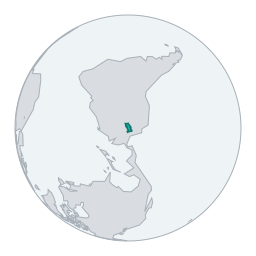 Caquetá highlighted on a globe, orthographic projection, rotated 216°
{"feature_id": "COL-1403", "entity_name": "Caquetá", "entity_type": "Intendancy", "adm_level": 1, "iso_a3": "COL", "parent_name": "Colombia", "parent_adm1": "", "projection": "orthographic", "projection_center": [-73.824, 1.133], "detail": "fine", "context": "on_globe", "style": "filled", "palette": "teal", "viewbox_px": 256, "rotation_deg": 216, "n_neighbors": 0, "source": "natural_earth", "source_scale": "10m", "svg_char_len": 8655}
<svg xmlns="http://www.w3.org/2000/svg" viewBox="0 0 256 256"><g transform="rotate(216 128 128)"><circle cx="128" cy="128" r="113" fill="#eef3f6" stroke="#a8b0b8"/><path d="M81.9,25.2L82.4,25.1L86.4,23.3L86.6,23.3L92.3,21.4L92.0,23.3L97.4,22.3L103.1,24.7L104.9,23.8L108.1,24.6L111.4,23.9L111.5,24.9L114.0,23.6L113.2,22.8L114.1,22.1L115.9,21.7L116.4,22.8L115.5,23.1L116.6,23.3L116.1,24.0L117.4,23.4L117.8,25.0L120.1,23.0L122.7,23.9L122.2,25.1L118.7,25.5L108.9,30.6L107.3,32.6L108.6,34.6L118.5,36.8L118.3,39.1L120.5,41.6L122.3,39.9L121.2,37.4L125.1,35.3L123.2,32.8L124.5,31.7L124.1,29.3L128.0,29.2L132.0,30.5L132.6,32.7L134.4,33.4L137.0,31.2L141.0,35.5L148.9,39.0L149.5,40.4L145.2,42.8L137.3,42.9L131.7,47.4L139.2,44.1L140.7,48.2L142.5,48.9L144.7,48.7L145.7,47.1L147.0,48.6L140.0,52.0L138.7,50.7L140.9,49.5L137.3,49.7L132.6,52.7L133.7,54.8L125.4,58.1L126.1,59.8L124.7,61.7L124.1,58.6L125.0,64.3L115.4,71.1L116.4,82.0L111.2,73.7L106.8,72.9L101.5,73.3L101.6,75.0L94.5,74.0L88.0,78.0L85.6,86.9L87.9,93.6L95.8,93.6L98.2,89.6L104.0,88.7L99.8,99.2L109.9,100.5L108.8,108.5L111.8,112.6L116.9,111.4L122.1,113.3L125.9,108.5L132.0,105.9L132.1,112.4L135.5,106.4L138.9,109.6L150.9,109.2L150.0,110.7L160.1,118.4L171.0,121.8L173.5,126.6L172.2,129.6L176.0,130.5L176.0,132.4L190.7,135.5L197.9,140.5L197.6,147.3L191.2,155.2L184.7,171.8L173.1,177.2L169.7,183.8L159.8,193.3L152.8,192.6L154.4,197.3L150.1,200.1L145.5,200.3L144.3,203.6L140.9,203.6L142.9,205.8L137.0,209.9L138.3,213.3L133.8,216.6L134.8,218.5L133.2,218.5L131.5,219.2L131.3,220.2L126.6,218.4L125.7,214.0L127.6,211.8L125.5,211.4L129.6,205.6L127.3,206.8L128.4,197.8L132.0,190.3L134.8,168.2L132.4,163.7L123.8,158.6L113.5,142.2L116.3,135.4L114.1,132.3L121.5,122.7L119.5,113.9L116.9,112.7L114.3,116.0L105.2,110.7L102.1,104.2L75.0,94.5L72.4,91.4L72.6,86.1L65.3,70.1L67.7,85.3L64.5,82.5L62.3,77.1L64.0,75.6L63.0,67.9L60.4,65.3L61.7,56.2L69.7,45.0L70.3,46.5L72.2,44.0L71.6,42.1L70.7,41.5L76.4,33.0L75.5,29.9L71.5,31.5L75.3,29.5L65.3,34.8L62.4,36.4L67.9,33.1L70.3,31.7L69.5,31.8L71.7,30.5L72.6,29.9L75.3,28.5L78.3,27.0L80.1,26.2L79.4,26.4L80.4,25.9L81.9,25.2ZM22.5,91.8L23.4,89.3L23.1,90.7L22.5,91.8ZM23.7,87.9L23.4,88.7L23.6,88.0L23.7,87.9ZM23.7,87.5L23.7,87.8L23.6,87.7L23.7,87.5ZM115.7,85.8L127.3,91.0L120.7,91.8L122.0,90.8L119.1,88.6L113.6,86.7L107.8,88.0L115.7,85.8ZM23.8,86.2L23.9,85.8L24.0,85.6L23.8,86.2ZM121.0,79.6L119.0,79.2L120.9,79.1L121.0,79.6ZM70.0,41.6L71.3,42.2L71.1,44.6L69.7,44.1L70.0,41.6ZM70.8,37.7L72.1,37.4L69.8,39.8L69.8,39.2L70.8,37.7ZM68.2,33.3L68.9,33.2L67.4,33.8L68.2,33.3ZM72.2,30.1L72.0,30.3L72.2,30.1ZM122.0,29.6L123.0,29.5L122.6,30.0L122.0,29.6ZM120.8,28.7L119.5,29.4L118.8,29.2L119.6,28.7L120.8,28.7ZM122.5,28.0L117.6,28.6L116.4,28.1L118.3,26.2L122.5,28.0ZM112.2,22.8L113.1,23.5L110.6,23.3L112.2,22.8ZM110.4,22.8L101.8,23.8L101.4,22.8L104.4,22.5L102.6,21.7L106.6,20.6L108.6,20.9L108.0,21.7L110.0,20.7L110.4,22.8ZM114.2,21.7L112.5,21.9L112.1,21.0L115.4,20.4L114.5,20.9L114.2,21.7ZM100.1,22.1L100.3,21.4L103.7,20.3L104.3,20.0L106.7,20.5L100.1,22.1ZM115.5,20.9L117.1,20.2L119.0,20.4L115.9,21.5L115.5,20.9ZM110.5,21.0L110.5,20.6L111.6,20.6L110.5,21.0ZM126.6,21.1L124.5,21.1L124.1,20.5L126.6,21.1ZM117.6,20.0L116.9,19.9L116.6,19.8L118.0,19.4L117.6,20.0ZM108.9,19.8L110.3,19.6L108.1,19.5L110.5,18.9L111.7,19.4L112.2,18.9L113.0,18.8L113.1,19.5L108.9,19.8ZM118.3,18.7L120.6,19.4L124.5,19.4L124.9,19.8L118.6,19.9L118.3,18.7ZM115.2,19.0L117.2,18.9L116.8,19.4L115.1,19.8L115.2,19.0ZM111.8,18.3L107.7,19.1L111.8,18.3ZM119.5,18.5L118.9,18.3L119.8,18.4L119.5,18.5ZM114.2,18.2L112.8,18.5L112.7,18.3L114.2,18.2ZM118.9,17.9L119.6,18.1L118.6,18.3L118.9,17.9ZM116.8,18.0L117.0,17.7L117.7,18.3L116.2,18.1L116.8,18.0ZM114.4,18.0L113.8,18.0L115.0,18.0L114.4,18.0ZM122.5,17.0L123.7,17.7L121.3,18.2L120.5,17.4L122.5,17.0ZM134.3,222.2L127.0,219.1L131.1,220.5L134.2,218.9L137.9,221.2L134.3,222.2ZM143.2,217.9L146.6,217.0L147.4,217.5L145.2,218.3L143.2,217.9ZM210.0,50.8L206.5,47.4L208.7,49.7L212.9,53.9L213.8,55.0L213.7,54.9L216.8,58.7L214.2,55.6L207.9,49.5L208.1,51.5L213.8,61.3L212.8,62.6L209.6,61.2L202.3,51.9L205.2,50.2L202.7,47.4L197.5,43.9L198.9,43.9L197.1,42.5L197.8,41.9L194.3,38.2L194.3,37.6L188.6,33.6L187.9,32.9L191.4,35.4L193.9,37.0L193.6,36.4L202.1,43.2L210.0,50.8ZM178.9,27.5L179.6,27.9L182.0,29.2L183.3,29.9L185.7,31.2L190.8,34.5L191.9,35.4L184.9,31.1L185.7,32.1L179.9,28.8L166.8,22.3L166.8,22.2L178.9,27.5ZM227.7,180.3L228.3,179.3L235.6,160.5L238.1,151.6L239.2,144.9L239.7,130.5L239.8,122.2L239.2,118.9L238.5,120.0L237.6,116.2L236.9,116.2L230.5,120.4L226.8,115.6L218.5,100.6L218.5,94.1L215.5,87.2L212.7,62.9L215.4,63.7L216.9,59.9L217.7,60.5L221.1,65.6L224.3,69.6L228.3,76.8L231.8,84.3L234.7,92.0L237.1,100.0L238.9,108.0L240.0,116.2L240.6,124.5L240.5,132.8L239.9,141.0L238.6,149.2L236.8,157.3L234.3,165.2L231.3,172.9L227.7,180.3ZM217.5,74.5L218.5,76.5L217.5,74.5ZM151.3,109.1L152.7,110.4L150.8,110.4L151.3,109.1ZM119.8,94.5L122.3,94.6L123.6,95.5L121.7,95.9L119.8,94.5ZM140.5,94.3L143.3,94.9L140.4,95.4L140.5,94.3ZM129.2,91.7L138.2,94.2L132.5,96.1L126.8,94.7L130.8,94.1L129.2,91.7ZM119.8,83.2L121.3,83.6L120.9,84.7L119.8,83.2ZM122.4,79.6L121.8,79.7L121.1,78.8L122.4,79.6ZM141.1,48.0L141.7,47.7L143.9,47.9L142.9,48.6L141.1,48.0ZM153.6,45.0L155.4,47.5L153.4,46.0L152.3,47.2L146.8,45.9L149.6,41.0L149.3,43.3L153.6,45.0ZM140.1,43.2L143.4,44.3L139.7,43.3L140.1,43.2ZM186.9,36.1L188.6,36.7L190.5,38.4L190.5,40.1L187.7,37.6L186.9,36.1ZM190.6,37.3L183.6,33.1L183.4,32.2L184.7,33.4L185.2,33.2L187.5,35.1L194.0,38.7L196.1,40.5L194.9,42.1L194.2,40.4L192.6,39.8L190.6,37.3ZM166.4,27.0L163.4,26.0L166.7,25.2L169.1,26.3L169.3,27.8L166.5,27.4L166.4,27.0ZM127.0,24.9L125.6,25.1L125.4,24.7L126.5,24.2L127.0,24.9ZM125.7,21.1L132.8,23.5L131.6,23.9L137.2,25.3L136.2,26.9L132.6,25.8L136.0,28.3L132.4,28.0L135.1,29.7L127.2,27.2L124.0,27.2L127.9,26.5L128.9,25.0L128.4,24.4L124.6,22.8L118.3,22.6L118.3,21.4L120.0,20.6L121.5,20.5L121.0,21.2L123.3,20.5L123.8,21.5L125.7,21.1ZM139.4,16.5L138.2,16.6L143.0,16.8L143.5,17.3L144.0,17.3L145.8,17.8L148.9,18.6L148.6,18.8L149.9,19.0L151.1,19.5L152.8,19.9L152.9,20.5L155.0,21.2L153.8,21.1L157.4,22.2L154.8,21.7L156.1,22.5L158.0,22.6L154.2,26.3L154.6,28.8L156.5,31.3L151.7,30.6L146.9,28.0L142.8,25.0L143.1,22.9L140.9,23.2L140.3,22.3L142.3,22.5L138.9,21.8L139.0,21.2L135.4,19.5L130.5,19.2L129.1,18.8L131.0,18.6L128.2,18.3L130.9,17.7L130.0,17.4L131.7,16.8L136.0,16.9L134.6,16.6L135.8,16.3L139.4,16.5ZM123.2,16.8L128.2,16.4L131.0,16.6L126.9,17.7L127.4,18.1L124.8,19.2L120.9,19.0L122.0,18.7L122.1,18.3L123.3,18.5L122.5,18.1L123.9,17.7L123.7,17.4L125.4,17.3L123.2,16.8ZM216.4,58.6L216.6,58.7L216.5,58.3L218.4,60.9L216.4,58.6ZM212.2,54.4L212.1,54.0L214.8,57.1L214.5,57.1L212.2,54.4ZM209.8,51.4L211.9,53.8L210.6,52.5L209.8,51.4ZM191.1,35.0L190.7,34.6L191.5,35.1L192.8,36.1L191.1,35.0ZM153.7,18.3L152.6,18.1L151.9,18.0L148.1,17.3L147.5,17.1L149.5,17.4L153.7,18.3ZM151.4,17.8L150.9,17.7L151.0,17.7L151.4,17.8ZM147.0,17.0L146.9,17.0L146.8,16.9L147.0,17.0Z" fill="#d9dde1" stroke="#a8b0b8" stroke-width="1"/><path d="M125.4,125.3L125.4,125.2L125.6,125.1L125.7,124.9L125.6,124.7L125.8,124.5L125.8,124.4L126.1,124.5L126.3,124.5L126.4,124.8L126.5,124.8L126.4,125.4L126.4,125.5L126.5,125.9L126.6,126.0L126.4,126.2L126.4,126.3L126.5,126.4L126.5,126.5L127.8,127.0L128.1,127.0L128.3,127.0L128.5,127.4L128.6,127.5L128.8,127.7L128.8,127.8L128.9,128.0L129.1,128.1L129.2,128.3L129.3,128.3L129.5,128.4L129.7,128.2L129.8,128.2L129.9,127.9L130.0,127.9L130.1,128.0L130.1,127.9L130.3,127.9L130.4,128.0L130.5,128.1L130.8,128.2L130.8,128.3L130.9,128.5L131.0,128.5L131.1,128.8L131.3,128.8L131.5,128.9L131.6,129.0L131.7,129.3L131.8,129.3L131.9,129.5L132.0,129.5L132.4,129.8L132.5,129.9L132.8,129.9L132.9,130.0L132.7,130.1L132.3,130.3L132.2,130.4L132.1,130.5L131.9,130.7L131.6,130.7L131.4,130.8L131.2,131.0L131.1,131.3L130.9,131.5L130.9,131.4L130.7,131.3L130.6,131.5L130.4,131.5L130.2,131.3L129.8,131.4L129.6,131.3L129.4,131.4L129.2,131.4L129.0,131.2L128.9,131.2L128.9,131.3L128.7,131.3L128.5,131.2L128.4,131.1L128.2,131.0L127.9,131.0L127.7,130.9L127.5,130.7L127.4,130.7L127.2,130.7L126.9,130.5L126.8,130.4L126.8,130.5L126.7,130.5L126.7,130.4L126.6,130.5L126.5,130.4L126.4,130.3L126.3,130.2L126.3,129.9L126.2,129.8L125.8,129.7L125.7,129.7L125.7,129.4L125.5,129.2L125.4,129.3L125.3,129.2L125.2,128.9L125.1,128.7L125.0,128.8L124.8,128.8L124.7,128.7L124.4,128.5L124.2,128.6L123.9,128.4L123.9,128.2L123.7,128.2L123.4,128.0L123.2,128.0L123.2,127.9L123.2,127.6L123.2,127.4L123.3,127.3L123.4,127.2L123.6,127.1L123.8,127.2L124.0,126.9L124.2,126.7L124.3,126.6L124.5,126.4L124.6,126.2L124.8,126.0L124.8,125.9L125.0,125.7L125.2,125.3L125.3,125.2L125.4,125.3L125.4,125.3Z" fill="#14b8a6" stroke="#0f766e" stroke-width="1.5"/></g></svg>